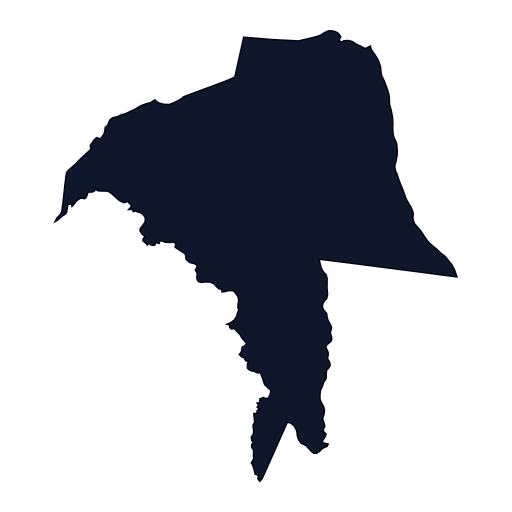 outline of Lambari D'Oeste, Mato Grosso, Brazil
{"feature_id": "56859067B64272920889218", "entity_name": "Lambari D'Oeste", "entity_type": "district", "adm_level": 2, "iso_a3": "BRA", "parent_name": "Brazil", "parent_adm1": "Mato Grosso", "projection": "albers", "projection_center": [-57.818, -15.449], "detail": "fine", "context": "isolated", "style": "filled", "palette": "ink", "viewbox_px": 512, "rotation_deg": 0, "n_neighbors": 0, "source": "geoboundaries", "source_scale": "gbopen_adm2", "svg_char_len": 4952}
<svg xmlns="http://www.w3.org/2000/svg" viewBox="0 0 512 512"><path d="M340.7,36.6L339.0,34.1L337.2,32.6L335.1,31.5L332.9,31.1L330.6,30.7L328.3,30.9L326.3,31.8L324.2,32.8L320.9,35.0L318.2,36.0L315.1,37.0L298.7,40.9L278.2,39.9L271.3,39.5L243.7,37.2L234.8,77.1L225.7,81.1L219.2,83.5L209.5,87.2L207.1,88.0L183.4,96.8L181.8,98.5L177.9,100.7L174.1,102.6L169.3,104.5L166.5,104.4L163.6,104.3L158.7,102.9L156.6,101.5L154.9,99.8L153.2,100.9L150.3,102.8L146.8,103.5L141.9,105.3L139.7,106.4L137.7,107.5L135.7,108.8L133.7,109.8L130.6,111.3L125.5,113.7L121.1,114.9L117.3,116.7L114.9,117.2L112.6,117.8L110.3,119.5L108.7,122.4L107.8,125.2L105.2,127.4L104.9,130.8L103.9,134.1L102.0,136.9L100.3,138.9L96.6,137.6L94.1,139.9L92.2,142.8L90.4,145.0L90.4,147.1L90.9,149.3L86.3,153.5L80.0,159.4L78.2,161.2L75.7,163.9L73.3,166.0L71.4,167.7L67.8,170.8L66.5,173.0L65.9,176.5L65.7,178.7L65.1,183.1L64.8,185.3L64.5,188.4L64.3,190.8L63.8,194.8L63.3,199.6L62.7,205.2L62.3,207.5L62.1,209.6L61.4,212.8L60.1,214.7L56.9,218.0L55.1,221.6L57.7,220.0L60.2,217.9L63.2,215.3L65.2,214.3L66.6,212.5L67.1,209.1L67.5,207.0L67.4,204.9L71.2,203.7L72.0,206.4L74.6,203.6L76.1,201.3L77.7,200.0L80.8,198.0L84.3,198.7L86.1,197.6L87.1,194.8L88.2,192.1L92.3,192.0L94.3,191.1L95.9,189.2L97.7,190.7L100.7,191.0L107.4,191.1L110.2,192.5L112.4,194.3L119.0,200.3L123.5,202.6L125.8,202.3L128.9,200.9L128.9,203.0L131.0,204.7L131.2,206.8L128.7,209.5L132.0,209.3L133.4,211.6L135.7,211.0L137.6,212.0L139.7,212.3L142.9,214.4L145.1,217.2L145.3,220.1L144.8,222.4L143.1,224.9L140.4,228.3L140.0,230.9L142.2,234.2L145.1,236.4L143.2,238.6L142.9,240.8L145.4,242.8L147.5,245.1L148.7,243.0L151.1,245.1L154.4,245.4L156.1,242.5L159.0,243.5L160.2,240.5L162.7,241.2L165.1,242.2L168.0,242.4L170.5,242.5L173.4,242.0L175.9,243.5L175.1,247.2L181.3,251.3L185.2,253.7L186.3,259.6L189.8,262.5L194.4,263.6L196.6,264.9L197.1,267.2L195.4,269.8L197.3,273.6L196.8,276.8L197.1,279.5L198.5,281.6L201.3,282.4L204.9,282.0L208.1,282.0L210.7,282.2L214.2,283.9L216.5,286.7L219.1,288.9L221.9,289.2L221.9,291.9L224.6,291.7L228.1,290.7L231.6,290.6L233.6,290.9L235.0,292.4L236.5,294.4L238.1,296.9L238.7,300.8L238.0,304.1L237.9,307.7L238.8,309.8L237.6,312.8L236.6,316.3L234.3,320.0L231.2,322.4L227.0,324.2L229.6,325.0L229.6,327.2L231.3,329.1L234.4,328.5L236.9,331.4L240.3,334.9L241.6,337.6L243.7,340.0L245.0,341.6L246.7,343.9L244.2,346.2L242.2,347.0L241.7,350.6L240.9,352.6L239.3,354.5L241.7,356.8L244.1,357.7L245.7,360.8L248.5,361.5L247.4,364.0L247.4,368.1L249.2,369.8L251.3,370.8L254.1,371.3L257.9,373.1L259.7,372.0L261.1,374.6L262.9,379.2L263.9,382.7L264.7,384.7L266.9,386.7L268.6,388.6L270.5,389.4L270.7,392.4L269.8,395.0L268.4,398.1L265.6,398.6L263.4,397.4L259.8,399.1L259.7,402.7L257.1,403.1L258.7,405.8L257.1,407.1L259.0,408.6L256.9,411.2L257.1,413.5L253.9,413.5L254.0,416.5L254.4,419.0L254.6,422.5L253.3,424.6L253.1,427.3L253.7,430.0L253.3,434.4L251.3,437.0L251.7,440.3L253.6,442.9L251.7,444.2L251.8,447.6L253.3,449.5L253.6,452.0L253.4,455.5L253.8,458.6L252.5,460.9L251.3,463.0L252.9,465.4L253.5,467.7L254.1,469.7L254.6,471.7L255.2,474.1L258.5,475.4L257.9,478.8L259.7,481.3L261.9,479.0L266.2,469.7L287.2,422.5L290.1,422.7L293.9,425.6L296.3,429.8L297.0,432.5L297.3,435.6L298.1,438.4L298.9,440.3L301.2,443.2L306.1,445.6L308.8,448.6L311.1,451.1L313.7,453.3L316.4,453.3L319.4,451.5L322.5,448.4L327.1,446.3L328.2,444.1L325.6,443.4L323.0,443.0L322.4,441.0L324.7,437.5L326.1,434.2L323.9,431.9L323.2,430.0L324.8,426.1L323.7,421.8L322.6,418.9L323.3,416.4L324.0,414.4L324.5,410.6L323.6,406.5L321.1,402.1L319.9,398.8L320.0,394.8L320.5,390.1L322.3,386.4L323.6,382.4L326.1,378.6L326.5,370.2L328.4,368.5L330.2,365.4L329.6,362.2L328.5,360.4L327.5,358.2L328.2,355.1L328.2,352.4L325.8,347.1L326.5,345.2L331.2,341.0L331.8,338.4L331.3,336.3L330.3,332.4L331.0,330.1L331.6,327.3L330.1,324.1L328.0,320.2L327.1,317.3L326.7,313.6L323.5,309.7L322.3,306.7L322.8,304.1L323.6,302.1L324.9,300.4L326.5,298.8L327.2,296.5L327.6,294.0L327.2,289.9L327.0,287.2L327.1,283.5L327.1,278.5L326.3,275.0L323.3,271.8L322.1,269.7L321.2,267.7L320.2,264.1L319.6,261.5L319.2,259.3L324.8,259.9L358.9,264.2L432.4,273.7L441.0,274.9L456.9,276.9L455.1,271.4L454.1,269.0L453.0,267.0L451.9,264.6L450.3,263.0L446.1,257.5L443.9,255.4L441.3,253.6L435.9,248.5L433.2,246.3L429.4,243.1L425.8,238.6L422.3,233.2L420.6,230.8L418.4,228.1L414.9,224.2L413.6,221.4L412.9,218.0L413.3,213.8L412.9,211.8L411.2,207.6L406.8,200.2L405.2,196.5L402.9,189.7L400.5,184.2L398.7,179.4L397.2,174.5L395.6,171.1L394.8,167.5L394.9,165.4L396.2,160.4L397.2,154.4L397.3,151.3L396.8,144.4L395.9,141.6L394.1,137.8L393.1,134.2L392.7,128.0L392.9,123.1L392.7,119.7L392.5,117.0L391.2,110.3L389.6,104.6L389.4,98.5L388.9,94.4L388.0,91.2L384.5,81.5L382.3,76.9L381.4,74.7L381.0,72.1L380.5,66.8L379.0,62.2L377.8,59.5L376.0,56.3L372.2,51.1L370.8,48.2L370.3,46.1L365.1,48.6L362.4,47.1L359.9,45.7L357.2,44.8L354.7,43.1L351.9,41.4L348.2,40.5L343.7,40.8L341.7,42.2L339.0,40.6L340.7,36.6Z" fill="#0f172a" stroke="#020617" stroke-width="1.5"/></svg>